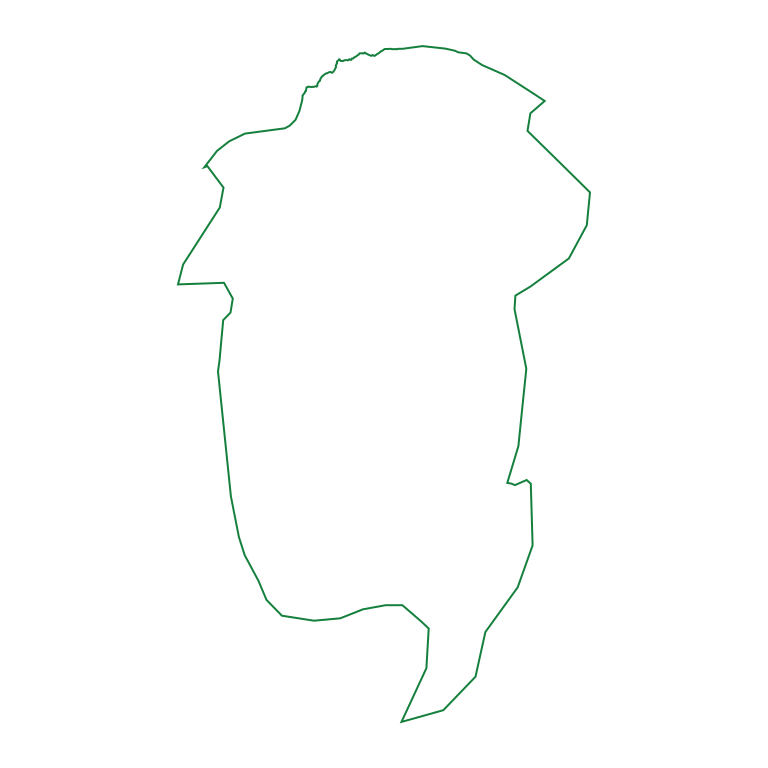 outline of Krachi West, Volta, Ghana
{"feature_id": "2480657B78422611914106", "entity_name": "Krachi West", "entity_type": "district", "adm_level": 2, "iso_a3": "GHA", "parent_name": "Ghana", "parent_adm1": "Volta", "projection": "robinson", "projection_center": [-0.041, 7.895], "detail": "fine", "context": "isolated", "style": "outline", "palette": "green", "viewbox_px": 768, "rotation_deg": 0, "n_neighbors": 0, "source": "geoboundaries", "source_scale": "gbopen_adm2", "svg_char_len": 2252}
<svg xmlns="http://www.w3.org/2000/svg" viewBox="0 0 768 768"><path d="M544.7,101.0L536.1,95.3L504.7,75.0L482.2,65.1L473.7,59.6L470.0,55.5L466.5,53.4L458.3,52.3L454.8,50.7L445.3,48.6L422.5,46.1L402.6,48.8L398.8,48.8L397.6,48.9L396.9,49.3L396.4,49.1L394.1,49.1L392.2,49.2L390.9,48.8L386.8,49.0L385.0,49.0L383.6,49.7L382.6,50.6L381.2,51.2L379.8,52.2L379.3,52.8L377.7,53.8L377.1,54.1L376.3,54.7L374.9,55.7L374.1,55.9L373.6,55.4L372.4,55.1L371.5,55.8L370.5,55.6L366.6,53.8L365.2,52.8L364.6,52.7L364.3,53.1L363.7,53.5L363.0,53.2L361.8,53.4L361.1,53.3L360.3,53.3L359.4,53.5L358.8,54.5L357.7,55.2L356.0,56.5L354.7,57.1L353.2,58.4L351.9,58.6L351.6,59.2L351.4,59.7L351.0,59.9L350.2,59.6L349.7,59.3L348.9,59.5L348.5,60.2L348.2,60.3L347.2,60.1L346.2,60.1L345.5,60.2L344.4,60.3L343.3,60.9L342.4,61.1L342.1,60.9L340.9,61.0L340.3,60.6L340.0,60.2L339.6,59.4L339.2,59.3L338.9,60.1L338.3,60.4L337.3,61.1L336.9,61.8L336.9,62.2L337.2,63.1L336.8,63.8L336.4,64.1L336.3,64.7L335.8,65.5L335.9,66.2L336.0,67.0L334.4,70.3L332.9,72.2L332.0,72.8L331.2,72.3L330.2,72.0L329.6,72.0L327.0,73.3L326.3,73.3L324.5,74.4L323.3,75.5L321.8,76.6L321.2,77.8L320.5,78.6L319.8,81.0L318.8,81.5L318.3,82.5L317.6,83.7L317.4,84.7L317.2,86.2L316.6,86.6L316.1,86.2L315.1,86.4L314.7,86.5L313.4,87.0L312.3,86.8L311.1,87.1L309.5,86.7L308.7,86.6L307.9,87.0L307.3,87.0L306.5,87.5L305.9,91.0L305.0,91.6L304.5,93.3L303.4,94.3L302.6,95.7L302.3,99.6L301.7,102.2L299.6,110.3L299.3,111.3L295.9,119.0L295.6,119.7L293.0,122.4L289.6,125.7L284.9,128.3L244.9,133.6L229.2,141.3L217.0,150.9L204.4,167.2L207.4,166.1L216.1,177.8L223.5,187.6L219.8,207.5L183.1,264.5L178.0,284.4L224.0,282.8L232.8,298.6L230.5,312.6L223.2,320.1L219.5,360.6L218.0,371.4L230.9,496.4L238.9,537.0L244.7,555.2L258.5,580.9L266.5,599.9L281.9,615.7L314.0,620.7L340.3,618.3L363.0,609.3L385.6,605.2L402.4,605.2L420.7,621.0L428.7,628.5L426.4,668.2L401.5,721.9L443.3,710.2L451.1,702.1L475.5,676.7L482.2,646.4L485.4,632.0L517.7,587.3L532.6,545.4L530.8,483.7L526.6,480.0L515.0,485.1L511.3,483.6L507.3,482.9L518.4,446.1L519.0,440.1L522.4,406.7L525.5,376.8L526.3,368.7L514.5,309.1L515.4,295.6L530.5,286.5L568.9,258.4L586.8,225.2L587.7,216.0L590.0,192.4L558.6,161.4L527.5,130.9L530.4,113.3L544.7,101.0Z" fill="none" stroke="#15803d" stroke-width="2"/></svg>